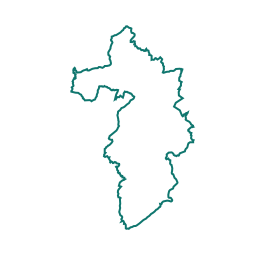 Alausi, Cañar, Ecuador, rotated 37°
{"feature_id": "8360857B82258447900817", "entity_name": "Alausi", "entity_type": "district", "adm_level": 2, "iso_a3": "ECU", "parent_name": "Ecuador", "parent_adm1": "Cañar", "projection": "equal_earth", "projection_center": [-78.792, -2.325], "detail": "fine", "context": "isolated", "style": "outline", "palette": "teal", "viewbox_px": 256, "rotation_deg": 37, "n_neighbors": 0, "source": "geoboundaries", "source_scale": "gbopen_adm2", "svg_char_len": 5803}
<svg xmlns="http://www.w3.org/2000/svg" viewBox="0 0 256 256"><g transform="rotate(37 128 128)"><path d="M97.8,53.9L96.6,54.3L96.2,54.9L96.0,54.4L95.0,53.8L94.8,56.5L94.4,56.8L93.0,56.7L91.8,57.8L89.6,57.2L88.6,58.3L88.0,58.1L87.7,58.5L85.8,57.7L84.9,57.9L84.5,58.3L83.2,56.8L82.6,57.3L82.2,56.1L81.6,55.2L81.4,55.5L80.3,55.1L80.0,56.0L79.6,56.4L79.6,56.9L78.4,57.7L77.4,56.4L77.4,54.2L77.6,53.5L77.6,52.2L77.9,51.2L77.5,49.9L76.8,49.1L74.8,49.1L74.0,49.7L73.4,49.7L72.0,48.6L70.8,46.5L70.0,46.6L68.7,47.3L66.1,47.3L65.4,47.9L65.2,48.3L65.5,48.7L65.4,49.8L64.8,50.5L65.2,52.8L64.8,53.5L64.5,56.2L62.6,61.0L61.5,62.0L61.0,63.4L60.0,64.8L61.1,66.2L61.3,67.8L62.0,68.4L63.1,68.4L64.2,69.2L64.5,71.3L65.3,73.7L66.2,75.2L66.7,79.4L68.3,81.4L69.6,81.3L69.9,81.7L70.8,81.8L71.2,83.1L71.9,84.1L73.3,84.7L75.4,86.5L75.9,87.6L75.8,88.1L75.5,89.2L74.0,91.0L72.1,92.5L72.0,93.9L71.4,95.3L69.1,96.1L68.0,96.9L67.8,98.4L65.8,100.0L63.9,102.2L62.2,105.6L60.9,106.4L59.8,105.7L58.8,107.6L58.1,108.4L57.4,109.7L56.7,111.9L53.8,114.5L52.0,113.4L50.6,113.4L50.0,112.9L49.9,112.3L49.2,112.1L49.0,113.4L49.5,114.8L50.2,115.0L50.6,116.1L51.2,116.8L52.0,116.7L52.3,116.2L53.2,116.9L54.0,116.9L54.2,117.9L55.0,118.3L55.0,119.4L55.5,119.1L56.2,119.6L56.1,120.5L55.2,121.6L55.8,124.3L56.3,124.3L56.8,124.7L57.1,125.6L58.9,126.9L59.1,127.4L58.6,129.4L60.1,130.1L60.5,131.2L60.5,132.6L60.9,133.1L64.8,131.4L67.1,129.9L69.4,129.9L70.6,129.6L71.6,130.3L72.9,130.4L73.9,131.3L74.3,131.1L75.0,131.6L75.7,131.4L76.9,131.9L80.6,128.8L81.7,128.4L82.7,128.6L83.7,126.1L84.4,125.4L84.4,124.6L84.0,123.4L83.9,121.3L83.3,120.7L82.7,118.9L82.6,118.0L81.2,116.1L81.0,114.3L80.5,113.0L80.1,112.5L80.0,112.0L80.5,111.5L81.6,110.9L82.0,110.3L83.0,110.2L83.6,109.7L83.9,108.7L84.4,108.8L86.6,107.8L87.2,108.1L89.4,107.4L91.1,107.8L92.5,107.6L92.8,107.2L92.8,106.7L93.4,106.1L94.3,106.2L96.0,104.3L97.2,103.7L97.8,105.1L98.4,108.3L100.3,112.8L100.4,112.4L101.0,112.4L100.8,111.4L100.9,109.7L102.4,108.7L102.4,106.8L105.6,106.8L104.6,104.0L103.7,103.0L103.6,100.8L104.3,100.8L105.4,99.7L106.4,99.7L107.1,99.3L108.7,99.2L109.2,98.7L110.0,98.9L110.8,98.8L112.3,99.5L114.1,99.2L114.6,100.2L114.7,101.4L114.4,102.4L113.4,104.4L113.8,107.5L113.0,109.8L112.4,113.1L111.9,114.3L110.8,116.0L110.9,118.5L110.3,120.3L110.3,121.1L111.3,122.6L111.8,124.1L114.8,126.7L115.9,128.0L116.5,128.2L118.4,131.4L119.6,131.8L119.7,133.6L120.1,134.9L120.3,137.0L118.2,145.6L118.7,146.7L118.9,147.8L119.7,148.2L121.6,147.6L122.4,147.0L123.7,148.1L123.8,150.0L123.4,152.9L122.6,154.1L122.8,154.8L122.1,156.4L122.4,157.6L122.0,158.7L124.1,161.5L125.0,161.3L124.9,163.5L125.4,164.0L125.8,165.0L127.1,164.9L128.3,163.0L130.1,163.5L130.8,162.7L131.3,164.0L133.6,164.9L134.4,166.0L134.4,166.9L134.7,166.3L134.5,165.0L134.6,164.8L135.9,164.6L137.0,165.1L137.4,164.8L137.8,163.3L138.2,163.3L138.7,162.7L140.0,163.1L142.5,162.0L143.2,162.7L143.4,164.3L143.2,164.9L141.9,165.8L141.8,166.2L143.3,166.6L144.7,168.1L145.9,168.1L146.6,169.0L146.6,169.4L147.5,169.8L148.2,169.1L148.4,169.5L149.2,169.4L149.8,170.0L150.7,170.0L151.1,170.5L152.0,169.9L152.2,170.3L152.6,170.0L153.3,170.8L154.0,170.3L154.8,170.4L155.1,170.0L156.0,170.8L156.4,170.7L155.9,172.1L155.4,172.6L154.9,173.8L154.3,176.4L155.5,179.7L157.7,179.0L157.5,182.9L157.8,184.2L158.7,185.6L159.9,186.2L160.6,188.0L162.0,189.1L163.2,188.4L164.2,188.4L164.3,189.6L167.4,193.2L168.3,195.1L169.9,196.6L171.5,200.3L174.4,202.3L175.8,202.1L177.0,202.6L177.5,203.7L177.5,204.8L179.0,205.5L179.1,206.5L180.0,205.1L180.5,205.1L181.9,205.9L182.5,207.0L183.3,206.3L184.6,206.8L186.7,209.5L187.4,209.4L188.8,208.0L189.3,208.0L189.8,205.8L190.8,204.7L191.7,202.8L193.0,201.7L193.5,200.8L194.6,197.3L195.7,192.2L197.0,189.3L197.1,187.7L197.9,185.4L198.2,182.5L198.8,181.3L199.5,178.8L199.7,176.3L200.4,175.1L200.7,172.3L201.1,171.7L201.0,171.0L200.7,170.4L199.5,169.4L200.1,169.2L200.5,168.6L200.4,168.0L200.0,167.4L200.4,165.4L203.0,162.4L204.4,161.6L206.6,160.8L207.0,160.0L206.9,159.3L206.5,158.8L204.6,158.1L204.0,158.1L202.8,159.0L201.9,158.9L200.4,157.1L199.2,154.6L198.8,153.4L198.9,152.2L200.4,149.2L199.7,147.4L200.5,143.0L200.5,142.1L200.2,141.6L197.3,140.0L195.2,139.8L192.1,137.8L191.6,137.8L191.1,138.1L190.4,137.9L189.8,137.3L189.2,136.0L187.6,133.5L185.0,131.3L184.2,131.5L183.1,131.1L181.2,128.3L179.8,128.6L178.6,128.1L177.6,129.8L177.2,129.8L176.3,129.3L176.0,127.1L174.8,125.8L175.3,123.2L177.4,121.3L178.1,121.1L179.8,121.3L180.8,122.0L182.3,121.8L182.7,121.4L183.6,121.3L184.0,120.0L185.1,119.6L185.1,119.0L184.7,117.7L184.7,116.9L187.5,112.4L187.0,111.3L186.7,109.8L187.0,108.9L186.9,107.4L185.9,105.2L185.5,103.8L186.1,102.1L188.6,100.2L188.0,99.5L187.7,98.3L186.5,98.9L184.4,98.1L183.3,95.9L182.5,95.9L181.6,93.8L180.0,94.5L179.2,93.8L177.8,94.0L177.3,93.4L177.2,93.1L177.9,89.7L178.2,89.0L179.0,88.5L179.4,87.9L179.0,87.9L178.5,87.0L176.2,87.2L175.3,86.6L173.3,86.1L169.8,86.7L169.0,86.6L168.4,85.3L167.1,84.3L166.6,83.4L166.8,82.2L166.4,81.1L166.6,80.2L166.4,79.7L166.2,80.3L165.6,80.9L165.7,81.9L165.3,82.0L165.3,82.7L164.6,83.2L164.5,83.8L164.9,85.0L164.7,85.7L163.5,85.5L158.8,82.7L151.9,83.2L151.0,79.1L153.8,71.3L149.1,71.4L146.8,68.7L146.3,67.0L146.2,66.0L144.9,66.6L144.8,62.3L143.3,60.4L143.2,59.0L140.4,59.4L138.8,57.2L138.6,56.2L138.7,55.0L137.8,53.9L136.9,50.6L136.4,50.5L136.4,48.9L136.1,48.4L135.6,48.6L135.6,48.9L135.1,48.9L135.1,49.2L134.9,49.0L133.7,49.5L130.8,52.0L130.4,54.1L129.9,55.1L127.7,56.7L127.2,57.3L127.0,58.2L125.1,59.8L123.2,62.5L122.4,62.7L121.5,59.7L120.9,58.9L120.3,58.5L119.7,57.2L118.6,57.1L117.8,56.5L117.5,55.8L116.7,55.3L116.0,55.6L114.6,55.3L113.9,52.5L111.2,52.1L111.1,53.5L110.3,55.6L108.1,55.5L107.7,56.1L107.8,57.1L107.6,58.0L106.2,58.8L105.8,59.4L103.5,56.2L102.6,56.1L100.9,56.9L100.3,55.6L99.1,55.1L97.8,53.9Z" fill="none" stroke="#0f766e" stroke-width="2"/></g></svg>